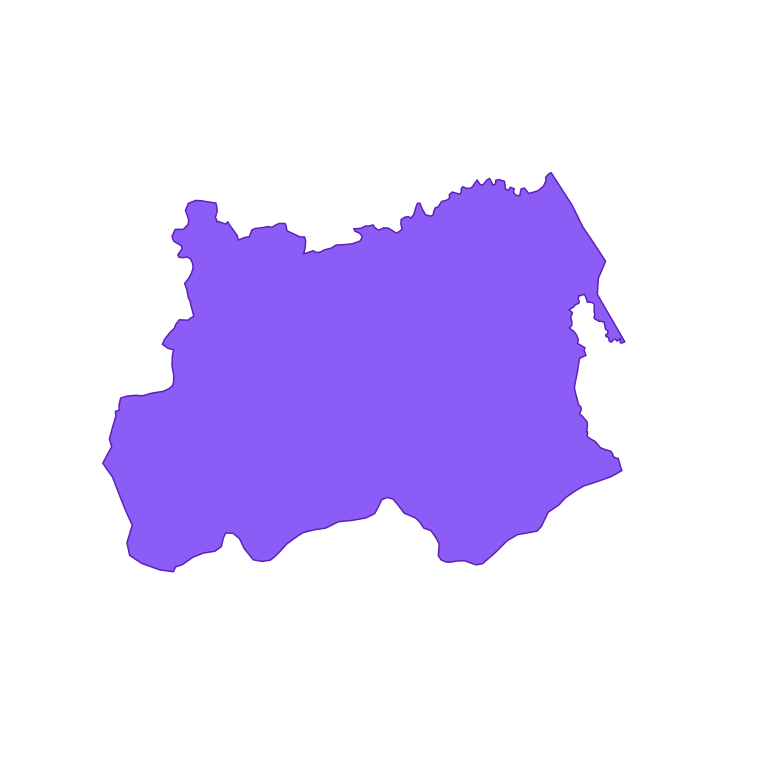 Neekreen, Grand Bassa, Liberia (Mercator projection), rotated 203°
{"feature_id": "62588387B67611028502926", "entity_name": "Neekreen", "entity_type": "district", "adm_level": 2, "iso_a3": "LBR", "parent_name": "Liberia", "parent_adm1": "Grand Bassa", "projection": "mercator", "projection_center": [-9.936, 5.929], "detail": "fine", "context": "isolated", "style": "filled", "palette": "violet", "viewbox_px": 768, "rotation_deg": 203, "n_neighbors": 0, "source": "geoboundaries", "source_scale": "gbopen_adm2", "svg_char_len": 5223}
<svg xmlns="http://www.w3.org/2000/svg" viewBox="0 0 768 768"><g transform="rotate(203 384 384)"><path d="M178.9,516.6L179.2,517.2L222.6,549.8L224.6,555.4L228.0,565.2L228.0,582.5L228.0,583.6L248.0,597.0L262.4,606.3L280.7,622.1L312.7,643.8L314.5,641.8L314.9,640.5L316.0,637.4L314.6,635.1L314.3,634.5L314.4,631.1L314.5,628.2L316.0,625.5L316.9,623.7L317.8,622.1L322.0,618.5L322.4,618.2L325.1,616.0L331.4,619.2L334.0,617.2L333.3,613.2L332.5,610.4L336.2,609.2L339.7,611.0L340.4,614.6L344.5,614.4L345.2,611.0L348.7,611.0L350.2,614.5L352.5,617.6L357.9,617.1L360.7,615.2L359.5,611.4L361.6,609.7L364.0,611.9L367.1,614.4L369.1,611.9L369.7,609.5L370.1,608.0L371.2,605.4L373.8,605.4L377.9,608.1L379.1,603.5L379.6,600.3L381.1,597.7L385.5,596.2L388.4,596.5L389.2,594.1L388.0,591.3L388.1,589.4L388.1,588.4L393.3,587.7L396.3,587.3L397.8,583.9L396.4,580.7L398.0,577.8L402.2,574.6L402.7,572.0L403.4,568.1L405.6,566.3L405.7,562.9L405.1,560.1L404.9,558.8L406.7,556.7L411.9,556.0L417.0,559.9L421.7,564.5L423.8,563.3L423.8,561.0L422.9,551.4L423.3,549.9L424.0,547.3L427.1,547.5L429.9,545.8L431.4,543.7L432.5,542.1L432.2,541.4L431.1,538.2L427.9,533.6L429.6,530.2L431.7,527.6L436.1,528.5L441.0,529.2L443.4,528.3L445.3,527.6L447.5,525.1L449.4,523.4L453.6,524.4L456.2,526.2L459.5,523.6L462.7,522.2L466.1,518.3L472.3,515.1L470.5,513.3L465.5,513.3L461.6,511.3L461.7,506.5L464.2,504.2L465.9,502.6L468.4,500.4L474.4,497.1L478.9,494.9L482.4,493.2L485.4,488.7L491.4,484.1L494.7,480.0L498.3,478.5L501.2,479.1L506.2,474.5L508.0,473.2L508.8,472.5L509.8,478.8L512.2,485.4L514.5,488.3L518.7,486.6L529.7,487.0L533.2,487.0L535.8,491.3L537.9,493.0L543.2,490.9L546.5,487.2L548.4,484.3L551.8,483.9L553.6,482.7L557.0,480.4L563.2,476.9L565.8,474.3L565.7,471.1L565.5,467.0L570.2,463.9L571.7,462.1L572.9,461.1L574.6,459.6L576.9,463.2L582.7,466.7L588.1,469.9L591.1,472.2L592.3,469.3L599.6,468.9L601.2,468.0L602.0,469.5L604.3,471.4L605.0,477.7L607.5,482.3L609.5,484.9L617.5,482.8L624.2,481.2L629.2,479.3L634.7,473.7L634.5,466.1L628.1,459.1L626.6,454.4L629.3,447.9L636.0,445.0L636.6,444.7L636.8,437.0L635.5,435.6L633.3,433.3L624.1,431.9L622.8,429.1L624.3,422.4L622.2,420.6L618.1,421.8L614.9,424.0L611.0,423.5L607.4,420.3L605.2,416.6L604.5,410.9L605.1,404.9L606.8,398.7L602.2,393.6L597.6,386.7L595.0,384.6L594.5,383.9L591.7,379.9L588.1,375.5L587.8,375.1L585.6,372.0L588.3,368.4L589.2,366.2L597.4,363.2L599.0,357.4L598.8,353.3L599.2,352.4L601.4,347.0L603.5,339.0L603.5,334.0L596.5,332.4L591.2,333.4L589.8,327.2L586.3,318.1L581.4,310.6L581.0,309.9L578.4,303.7L578.1,299.8L579.9,295.9L584.3,291.0L594.0,285.0L601.7,278.8L607.8,276.7L614.3,273.3L615.6,272.6L620.9,268.2L620.6,266.4L619.7,261.1L617.5,256.5L620.5,253.8L618.4,250.0L616.8,236.7L615.3,226.1L610.1,219.8L610.4,217.6L611.0,211.8L611.9,201.2L601.7,194.8L597.6,192.3L590.7,185.2L588.2,182.6L583.0,177.3L573.1,167.2L560.6,155.7L558.6,137.4L551.1,126.8L536.9,124.2L521.1,125.1L517.6,125.3L504.5,128.9L504.3,134.2L499.1,138.8L492.2,149.9L484.2,157.8L474.4,163.9L470.2,170.7L471.6,178.8L471.6,184.9L471.1,185.1L464.8,187.6L456.7,185.3L448.6,178.1L435.7,171.1L427.0,173.0L419.7,177.5L416.7,183.2L415.2,187.0L413.7,190.9L410.9,199.0L404.0,210.4L402.7,212.3L400.5,215.5L391.3,222.5L381.2,228.7L375.6,235.3L371.9,239.6L360.0,246.0L348.1,253.8L342.0,261.0L341.2,268.5L340.9,276.5L339.4,278.1L336.8,280.8L330.7,281.6L324.8,278.7L315.0,273.0L302.8,273.0L297.5,271.1L291.1,266.9L283.6,267.4L275.8,262.6L274.9,261.8L270.7,258.3L266.8,247.0L262.6,244.4L257.1,244.4L253.3,246.0L247.6,249.6L242.5,252.0L241.2,252.7L228.5,253.5L223.1,257.1L219.6,264.2L215.9,271.8L209.4,287.8L202.2,297.6L193.2,303.3L185.5,308.6L183.5,314.1L183.1,323.0L182.8,330.0L175.7,341.3L172.6,350.1L165.9,360.7L160.4,368.1L150.2,377.0L138.5,387.7L131.2,397.3L133.7,400.0L139.4,407.1L140.2,406.5L144.4,406.7L146.7,409.4L149.2,410.7L156.5,409.9L160.1,410.0L163.7,411.9L166.8,413.5L172.2,414.2L173.6,414.4L176.8,415.2L177.1,417.6L177.9,419.5L178.9,419.1L179.4,421.5L180.6,425.5L182.0,428.2L183.2,429.1L184.6,429.8L186.4,430.5L188.4,431.7L192.3,432.9L192.4,434.0L192.3,435.3L192.6,437.9L193.6,439.5L195.3,440.4L196.4,440.7L197.4,441.8L197.7,442.2L199.3,444.2L200.6,445.9L202.1,447.9L204.1,450.3L207.2,454.9L208.6,460.4L209.2,463.5L209.6,465.4L210.0,467.6L210.3,469.1L210.8,471.2L212.3,476.8L213.1,480.2L214.0,484.0L209.3,489.3L209.9,489.9L213.0,493.2L213.2,495.9L213.9,496.0L221.7,497.0L222.4,500.8L226.1,504.5L229.8,506.6L233.0,507.4L234.4,507.7L235.2,508.2L234.6,509.5L234.1,511.7L235.6,514.9L237.5,517.5L238.3,518.4L238.2,521.1L238.4,523.3L241.4,524.3L242.7,524.7L242.0,525.7L239.6,528.7L238.7,532.1L236.9,533.5L236.2,534.6L236.6,536.3L238.6,538.4L238.8,540.3L239.3,541.5L236.9,542.6L234.9,544.6L233.5,544.1L231.5,542.0L229.5,539.7L228.7,538.8L226.2,539.8L223.5,540.3L221.6,539.5L220.4,536.6L218.9,532.7L217.1,530.5L216.8,528.2L216.4,526.7L214.1,526.1L212.5,526.1L210.9,525.7L207.1,526.9L205.2,526.7L204.9,526.2L203.2,523.5L201.6,521.0L199.7,520.7L198.1,519.5L197.8,517.7L199.2,516.0L198.3,514.5L195.5,514.5L194.3,512.9L193.8,511.8L192.8,511.4L190.9,511.5L190.5,513.2L189.6,515.0L188.5,515.7L186.4,514.6L185.6,515.4L184.7,517.7L184.0,518.1L183.4,515.7L182.6,514.3L180.7,514.8L180.0,515.9L178.9,516.6Z" fill="#8b5cf6" stroke="#5b21b6" stroke-width="1.5"/></g></svg>